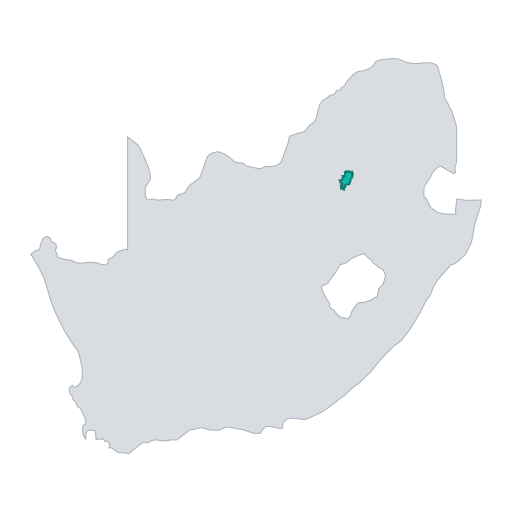 City of Johannesburg, Gauteng, South Africa (highlighted)
{"feature_id": "47623444B15418766532839", "entity_name": "City of Johannesburg", "entity_type": "district", "adm_level": 2, "iso_a3": "ZAF", "parent_name": "South Africa", "parent_adm1": "Gauteng", "projection": "mercator", "projection_center": [27.967, -26.215], "detail": "fine", "context": "in_parent", "style": "filled", "palette": "teal", "viewbox_px": 512, "rotation_deg": 0, "n_neighbors": 0, "source": "geoboundaries", "source_scale": "gbopen_adm2", "svg_char_len": 6331}
<svg xmlns="http://www.w3.org/2000/svg" viewBox="0 0 512 512"><path d="M378.3,60.3L392.9,58.3L399.5,59.4L407.4,62.6L414.8,63.7L427.3,62.6L431.6,63.1L435.0,64.2L437.5,65.9L441.1,78.5L444.2,92.0L444.1,96.4L444.5,98.1L448.1,103.8L449.4,107.4L451.5,110.3L456.1,124.9L456.6,127.4L456.6,162.8L454.8,167.2L455.6,172.7L453.5,173.5L441.0,166.3L438.8,166.6L435.3,169.3L432.0,173.5L430.5,177.0L424.2,186.7L423.8,192.8L424.3,198.1L426.4,198.3L427.9,202.1L431.3,208.1L437.1,212.0L442.5,213.8L449.9,214.2L455.9,214.1L455.5,210.0L456.8,199.1L466.7,200.4L481.3,200.0L480.3,207.1L475.0,223.4L471.6,241.8L467.3,251.1L464.8,254.9L457.7,261.7L454.0,264.0L450.9,264.8L438.8,278.6L434.2,285.3L430.2,295.1L426.2,300.5L420.4,312.0L410.1,329.1L401.4,340.4L397.5,343.6L394.9,345.1L388.0,351.7L378.3,362.3L370.8,371.7L359.7,382.5L353.2,387.2L343.5,396.5L340.8,397.8L329.9,406.5L322.1,411.8L309.4,417.9L304.3,419.6L292.3,418.0L287.2,418.9L283.0,422.6L282.6,427.9L280.9,428.7L269.8,426.3L265.2,426.7L262.5,429.6L260.4,433.2L254.0,433.4L242.7,429.6L229.4,427.3L226.4,427.1L219.9,429.9L217.7,430.3L208.3,429.7L203.1,427.9L198.1,427.9L194.3,429.4L189.6,429.9L177.1,439.9L170.7,439.9L165.1,441.1L155.2,439.8L152.3,440.4L149.3,442.2L142.6,442.9L140.0,444.4L128.7,453.7L124.0,452.7L118.1,452.6L111.4,447.7L108.9,448.0L109.5,446.5L109.7,443.9L107.4,441.2L104.8,441.4L103.4,439.2L99.4,439.0L96.1,439.6L95.4,431.2L93.9,430.3L89.9,430.1L87.9,430.4L87.0,431.2L85.9,433.1L85.9,439.1L84.5,437.4L82.9,433.8L82.4,430.0L83.0,425.6L86.0,423.9L85.1,418.2L80.4,408.5L77.6,406.5L75.3,401.5L73.1,399.7L72.1,396.2L69.9,393.4L69.2,389.1L70.4,386.6L72.3,385.2L74.3,387.4L76.7,386.5L80.1,383.4L82.2,378.6L82.3,370.9L81.8,366.2L79.0,353.9L77.8,351.1L71.6,342.3L64.4,330.7L55.4,312.4L51.0,301.4L44.5,279.4L38.7,267.1L31.6,255.5L30.7,254.8L31.8,253.4L35.6,250.7L37.4,250.0L38.3,250.4L39.2,249.6L40.0,247.8L40.7,243.8L42.4,239.5L44.0,237.7L47.4,236.5L50.0,238.1L51.0,239.7L51.5,241.7L52.6,242.7L54.4,242.7L55.7,243.9L56.4,246.6L56.3,248.4L55.3,249.6L55.4,251.2L56.7,253.1L58.1,257.3L65.0,259.5L68.9,259.8L72.6,260.9L76.1,262.7L81.8,263.2L89.7,262.2L96.3,262.7L101.4,264.5L105.1,264.8L107.4,263.7L108.4,262.0L108.1,259.8L109.2,258.4L111.8,257.8L113.9,256.2L115.5,253.5L119.1,251.2L124.7,249.5L127.6,249.6L127.6,136.9L137.5,144.6L139.9,148.1L144.8,158.6L149.8,171.5L150.6,177.7L150.4,179.1L145.3,187.6L145.1,191.8L145.7,196.7L146.9,199.2L148.4,200.0L152.0,198.8L157.4,200.1L168.0,199.5L173.2,200.2L174.5,199.8L175.7,198.7L177.1,195.8L178.3,194.8L183.2,193.5L185.4,191.8L188.9,185.9L199.3,178.1L200.5,176.2L207.0,157.5L209.0,154.9L211.9,153.1L217.6,151.7L221.0,152.5L224.6,154.1L228.7,156.8L234.8,161.9L236.9,162.7L243.0,162.9L246.8,166.2L258.2,168.5L261.5,168.4L265.1,166.5L271.0,166.6L277.3,165.3L281.1,162.1L288.5,141.7L289.3,137.3L290.1,136.0L296.1,133.8L303.4,132.0L304.9,131.1L309.5,125.4L315.4,120.8L319.6,104.7L322.3,100.9L324.0,99.3L325.0,99.3L326.6,98.3L328.5,96.3L330.9,95.1L333.6,94.6L335.4,93.3L336.2,91.2L337.6,90.2L339.6,90.2L340.7,89.5L341.0,88.1L345.5,84.7L345.6,83.3L348.1,79.9L353.1,74.6L357.8,71.6L362.2,71.0L370.4,68.2L373.3,65.7L375.1,62.2L378.3,60.3ZM364.7,302.3L372.1,299.5L377.5,295.7L378.7,288.8L382.8,284.6L384.3,280.6L385.5,275.2L383.0,269.6L379.6,267.9L373.5,263.0L370.8,259.7L367.1,257.0L364.5,253.7L360.3,254.7L353.7,257.4L349.7,259.9L346.3,262.8L340.1,264.9L334.4,274.2L332.5,276.3L328.0,283.1L321.5,286.4L321.4,287.6L323.5,293.2L326.5,298.7L329.7,303.3L329.5,306.1L330.6,308.3L333.4,309.8L338.2,315.5L340.6,317.3L347.9,318.6L348.9,318.3L350.9,314.9L351.2,312.5L356.0,305.2L358.1,302.9L364.7,302.3Z" fill="#d9dde1" stroke="#a8b0b8" stroke-width="1"/><path d="M352.3,171.6L350.4,172.4L350.2,171.8L349.8,171.8L349.8,171.7L349.6,171.8L349.5,171.6L349.4,171.9L348.6,172.0L348.4,171.8L348.2,171.3L347.0,172.0L346.9,171.1L346.4,171.3L346.3,171.2L346.0,171.2L345.9,171.2L345.9,171.3L345.8,171.5L345.7,171.5L345.7,171.9L344.9,171.8L344.8,172.0L344.8,172.3L344.6,172.7L344.9,173.1L345.1,173.2L345.3,173.3L345.3,174.0L345.0,174.9L344.7,175.0L344.5,175.9L344.3,175.9L344.1,175.8L343.8,175.8L343.8,176.0L343.7,176.0L343.6,175.8L343.3,175.9L343.2,175.9L343.7,176.3L343.0,176.2L343.1,176.3L343.1,176.5L342.8,176.6L342.9,176.8L343.0,176.8L342.9,176.9L343.0,176.9L342.9,176.9L342.9,177.0L343.0,177.0L342.9,177.1L343.0,177.1L343.0,177.3L342.9,177.3L342.7,177.4L342.8,177.4L342.8,177.5L342.7,177.5L342.8,177.5L342.9,177.8L342.2,179.1L342.3,179.2L342.4,179.3L342.2,179.4L342.2,179.6L341.5,179.6L341.1,180.5L339.6,180.1L339.7,180.3L339.7,180.5L339.8,181.3L339.9,181.6L340.6,181.9L340.4,182.6L340.3,182.8L341.2,182.8L341.4,183.3L341.6,183.3L341.7,182.8L342.3,182.8L342.3,182.7L342.3,182.8L342.3,183.3L342.5,183.3L342.5,184.3L342.2,184.2L342.2,185.2L340.6,185.1L340.6,185.8L340.8,186.8L341.5,186.8L341.7,187.1L341.5,187.7L341.4,187.7L341.3,187.9L341.1,187.9L341.0,187.7L340.8,187.6L340.8,188.8L341.3,188.9L341.3,188.7L342.5,188.9L342.5,188.7L342.6,189.5L342.8,189.0L343.3,189.3L343.5,189.5L343.8,189.8L343.9,190.0L344.0,190.0L344.3,190.0L344.2,189.7L344.1,189.0L344.1,188.9L343.9,188.7L343.8,187.9L343.8,187.7L344.0,187.5L344.1,187.4L344.1,187.5L345.0,187.5L345.0,188.1L345.2,187.4L345.2,187.1L345.5,187.0L345.6,186.3L344.4,186.4L344.5,186.3L344.5,186.2L344.4,186.2L344.5,186.1L344.5,185.8L344.5,185.7L344.6,185.4L344.7,185.2L344.8,185.2L345.0,185.0L345.4,184.9L345.6,184.9L345.9,184.9L346.0,184.8L346.2,184.3L346.5,184.3L346.5,184.5L347.6,184.7L347.7,184.4L347.9,184.5L348.0,184.5L348.4,184.5L348.5,184.6L348.7,185.0L348.7,184.9L348.8,184.7L349.2,184.5L349.2,184.4L349.6,184.3L349.6,184.2L349.6,183.8L349.9,183.6L349.8,183.4L350.0,183.4L349.5,183.3L349.3,182.4L349.2,182.3L349.2,182.2L349.3,182.2L349.5,182.0L350.0,181.9L350.7,181.6L350.8,181.4L350.7,181.3L350.7,181.2L350.8,181.2L350.8,180.9L350.5,179.6L350.4,179.2L350.6,179.1L350.6,178.9L350.7,178.7L350.8,178.6L351.0,178.6L351.0,178.4L351.0,178.1L351.1,177.9L351.2,177.6L351.2,177.8L351.8,177.8L351.9,177.3L352.0,177.3L352.2,177.7L352.3,177.7L352.2,177.0L352.4,176.9L352.3,176.6L352.4,176.4L352.2,176.3L352.3,176.1L352.2,176.0L352.1,175.8L352.0,175.7L351.9,175.8L351.8,175.5L351.8,175.4L351.7,175.2L351.9,175.1L352.1,175.1L352.1,174.9L352.2,175.1L352.5,175.1L352.3,174.7L352.5,174.5L353.0,174.0L353.2,173.9L353.2,173.4L352.9,173.3L352.7,173.6L351.9,173.4L352.3,171.6Z" fill="#14b8a6" stroke="#0f766e" stroke-width="1.5"/></svg>